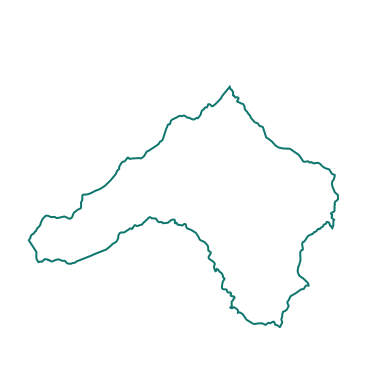 the district of Soibada, Manatuto, East Timor, rotated 195°
{"feature_id": "22284137B69618697341021", "entity_name": "Soibada", "entity_type": "district", "adm_level": 2, "iso_a3": "TLS", "parent_name": "East Timor", "parent_adm1": "Manatuto", "projection": "natural_earth1", "projection_center": [125.93, -8.852], "detail": "fine", "context": "isolated", "style": "outline", "palette": "teal", "viewbox_px": 384, "rotation_deg": 195, "n_neighbors": 0, "source": "geoboundaries", "source_scale": "gbopen_adm2", "svg_char_len": 5946}
<svg xmlns="http://www.w3.org/2000/svg" viewBox="0 0 384 384"><g transform="rotate(195 192 192)"><path d="M322.2,84.5L320.7,85.4L319.8,85.8L319.1,85.7L318.3,86.5L318.0,87.5L316.7,89.1L314.2,89.4L313.1,88.9L312.6,89.3L311.8,89.2L310.8,88.7L309.8,88.5L308.9,88.9L306.2,91.0L304.3,92.1L303.5,92.3L302.2,92.4L299.5,91.9L297.6,92.6L296.7,92.4L294.5,91.0L293.3,90.7L290.4,91.3L288.9,92.5L286.9,93.3L285.0,95.7L284.0,96.2L274.0,103.6L267.7,108.6L259.9,114.3L256.1,119.6L255.5,121.0L252.5,124.1L251.8,125.6L251.3,128.4L251.9,130.6L251.7,131.6L251.3,133.4L250.8,134.1L249.3,134.8L248.0,135.0L247.1,135.5L246.2,136.2L245.2,137.6L243.4,139.3L242.6,140.7L241.6,141.0L240.5,140.7L240.0,141.5L239.9,142.4L238.9,144.7L238.5,145.2L237.9,145.2L236.8,144.9L236.2,144.9L235.5,145.2L234.4,146.1L231.9,147.6L230.8,150.0L229.8,151.3L228.9,153.1L227.9,154.3L227.5,155.4L226.5,156.7L225.3,156.7L224.1,156.2L220.1,157.0L217.2,154.6L216.3,154.3L215.3,154.5L213.8,155.1L213.1,155.0L212.0,154.3L207.5,156.0L206.8,156.6L205.4,158.9L204.2,160.0L202.2,160.7L201.2,160.2L200.6,157.7L200.0,157.5L198.9,158.2L197.4,156.7L196.7,156.7L196.1,157.0L192.9,157.1L192.4,157.4L191.4,158.9L190.3,159.4L189.3,158.5L188.6,157.0L188.0,156.1L187.2,155.6L183.3,155.2L178.1,153.7L177.2,153.2L176.1,152.2L173.3,149.5L172.8,148.5L172.1,148.0L170.1,147.4L168.2,147.2L166.3,146.6L162.9,144.2L162.4,143.4L161.0,139.6L158.3,138.6L158.1,138.0L158.1,137.3L159.1,133.9L159.0,132.9L158.7,132.4L158.0,131.8L153.3,130.2L151.7,129.0L151.3,128.2L151.5,125.5L150.0,122.9L148.8,121.6L148.3,122.0L148.3,123.6L148.0,124.1L146.8,123.8L144.8,122.2L142.2,121.1L141.5,120.5L140.6,119.2L139.9,117.8L139.3,117.3L138.6,117.1L138.2,116.6L138.2,116.0L139.0,113.6L139.0,111.5L138.5,107.8L138.1,106.9L137.2,106.3L136.3,106.2L133.9,106.7L133.3,106.6L132.2,105.0L131.5,104.3L131.0,104.3L129.3,104.9L128.6,104.7L127.9,103.9L128.1,102.6L127.8,102.0L127.2,101.7L124.7,101.9L124.0,101.6L123.6,101.1L123.7,100.1L124.2,99.7L124.3,98.3L125.1,96.6L125.2,95.9L125.0,94.9L124.2,92.7L124.2,92.0L125.0,90.2L123.8,90.0L123.0,90.3L122.1,91.5L120.5,91.3L118.5,90.6L117.2,89.8L116.6,88.7L116.4,87.3L115.1,88.0L114.4,88.0L112.0,87.4L110.4,86.3L106.4,82.8L99.1,80.6L97.5,80.7L93.5,82.4L90.5,83.2L89.1,83.2L86.6,82.7L84.5,85.3L83.6,85.6L82.5,85.4L80.3,87.6L79.3,87.9L78.5,87.1L77.3,85.4L74.9,85.3L72.3,84.3L71.9,84.7L71.1,89.4L71.4,90.1L72.5,91.5L72.8,92.2L72.6,94.3L72.6,95.1L73.1,96.4L73.0,99.8L72.7,100.3L71.4,101.0L69.8,103.2L69.6,104.2L69.4,105.7L69.1,106.9L70.6,108.8L71.3,109.8L71.3,110.6L70.5,113.0L69.8,116.9L65.3,121.4L61.3,126.3L59.4,127.0L58.9,127.4L58.0,130.5L57.6,131.0L56.7,131.5L55.2,131.7L55.5,132.8L56.6,134.2L62.2,137.3L66.7,138.9L68.8,141.6L69.3,142.6L69.6,143.7L70.0,147.5L69.7,148.1L69.6,149.3L69.5,153.3L69.9,155.5L71.5,160.4L71.7,161.8L71.7,162.9L71.2,163.9L70.8,164.4L70.1,164.8L70.3,166.1L72.0,169.8L72.2,170.5L72.0,172.2L70.6,173.5L68.5,179.6L66.4,181.5L64.7,182.6L63.6,184.8L61.8,186.1L61.1,188.1L60.4,189.1L59.1,189.2L58.6,190.4L56.6,192.6L56.4,193.2L56.5,194.0L55.8,195.0L54.5,195.9L54.2,196.7L54.2,197.8L53.0,198.2L51.9,197.9L51.0,197.1L50.7,196.4L49.9,195.2L49.1,195.2L48.1,194.5L47.7,193.7L47.1,193.4L46.9,196.8L47.9,200.5L47.5,201.8L48.6,202.5L50.2,203.0L50.6,203.8L50.4,205.3L50.8,206.3L51.7,206.5L52.2,207.4L51.2,208.6L50.2,209.4L49.6,210.1L49.6,211.2L50.8,215.8L50.7,217.0L51.2,217.6L51.3,218.7L51.2,219.7L49.8,221.4L49.1,223.0L49.7,224.6L50.0,226.0L50.5,227.0L52.2,227.7L54.3,229.0L55.4,230.6L57.3,233.0L58.9,235.7L59.2,238.7L58.4,240.4L58.2,242.1L58.3,244.3L58.6,245.4L61.6,245.8L65.2,249.3L69.5,249.5L72.6,250.5L75.7,252.4L77.6,252.8L78.2,252.7L81.9,251.1L84.4,251.8L84.8,251.3L86.0,251.0L87.8,251.7L90.5,250.5L91.5,250.3L92.4,250.3L97.6,254.9L98.5,255.5L108.2,259.0L109.1,259.0L115.5,257.6L119.9,257.4L123.4,258.5L127.6,261.3L132.1,263.3L134.4,263.8L137.6,268.9L138.2,269.6L139.5,271.9L140.2,272.8L141.1,273.3L143.4,273.2L144.4,273.6L145.8,275.0L146.4,275.3L149.4,275.6L153.9,278.6L154.7,279.3L155.7,280.8L157.8,282.1L159.2,283.5L162.2,285.4L162.6,285.9L163.4,288.2L165.3,290.1L165.9,290.3L166.9,290.2L168.0,290.3L169.0,290.7L171.5,290.9L171.9,291.4L171.7,292.7L171.2,293.7L171.3,294.5L171.7,295.1L173.3,295.1L174.7,294.5L176.1,295.8L176.7,295.6L177.4,296.0L178.2,299.3L179.4,300.1L180.1,301.1L181.4,301.2L182.8,303.4L186.8,294.6L187.9,292.0L188.0,290.9L188.6,289.2L191.8,283.5L193.6,280.9L194.3,280.3L194.9,280.0L197.3,281.2L198.1,281.3L199.1,280.8L199.2,278.7L199.4,277.7L200.0,277.6L201.4,276.8L201.7,275.4L203.1,273.8L203.5,273.0L203.6,271.8L203.8,270.7L203.6,269.4L203.9,268.2L205.4,264.8L206.7,264.7L207.4,264.2L208.1,263.1L208.8,262.6L209.8,262.3L211.9,262.5L213.6,263.0L215.8,262.6L217.7,263.4L218.7,263.7L219.8,263.7L221.0,262.8L221.6,262.6L223.0,262.6L225.0,261.3L226.3,259.8L227.5,259.0L228.4,257.9L229.6,257.2L230.2,256.4L230.8,255.2L230.8,252.2L231.3,251.5L232.0,251.4L232.5,250.9L232.8,250.4L232.8,248.5L233.1,247.4L233.3,245.8L233.7,236.8L234.1,234.2L234.6,233.4L235.5,232.7L236.0,232.1L236.7,229.6L238.7,227.1L242.8,222.6L244.0,221.1L245.8,219.7L246.3,218.9L247.6,214.2L248.3,213.1L249.9,211.3L250.5,211.1L251.9,211.1L258.1,209.0L260.6,207.9L261.3,208.0L262.2,208.7L263.1,208.5L264.5,205.1L265.2,204.0L266.9,203.2L267.7,201.6L268.3,199.7L268.8,197.7L268.8,197.1L268.3,195.4L269.7,193.5L270.3,189.5L273.8,181.9L277.7,175.4L281.6,171.1L285.7,168.1L289.5,164.6L292.0,162.9L293.6,162.1L296.0,161.5L296.7,160.9L297.0,160.3L295.9,155.7L296.4,153.8L296.4,152.7L295.3,149.1L295.2,148.0L295.4,147.3L297.8,145.3L300.6,141.6L300.9,140.6L301.3,136.7L301.9,135.6L302.8,134.8L303.6,134.4L308.4,135.3L309.2,135.2L313.5,132.9L315.3,132.0L316.1,131.8L317.7,132.3L318.8,132.2L321.7,131.3L325.2,131.8L327.3,131.0L329.3,127.4L330.1,123.3L330.0,121.0L330.3,120.0L332.0,116.9L332.4,115.7L332.7,113.6L333.6,112.7L334.1,110.8L335.7,109.2L336.2,108.3L336.4,107.4L336.2,105.6L336.9,104.1L337.1,103.1L327.0,94.0L326.5,92.8L325.3,88.0L324.5,86.7L322.2,84.5Z" fill="none" stroke="#0f766e" stroke-width="2"/></g></svg>